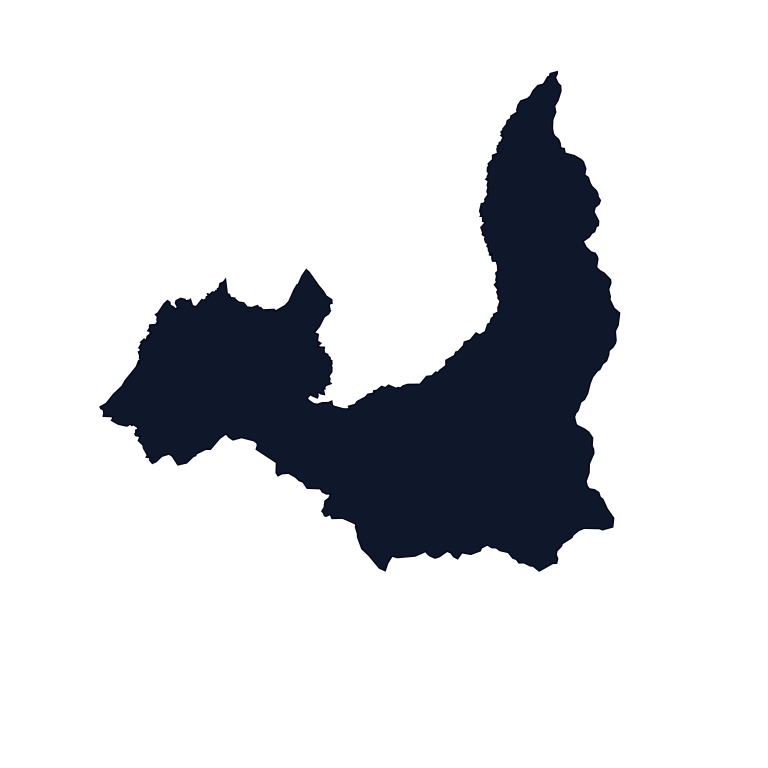 Tulnici, Vrancea, Romania, rotated 159°
{"feature_id": "2599482B64394491062191", "entity_name": "Tulnici", "entity_type": "district", "adm_level": 2, "iso_a3": "ROU", "parent_name": "Romania", "parent_adm1": "Vrancea", "projection": "albers", "projection_center": [26.524, 45.947], "detail": "fine", "context": "isolated", "style": "filled", "palette": "ink", "viewbox_px": 768, "rotation_deg": 159, "n_neighbors": 0, "source": "geoboundaries", "source_scale": "gbopen_adm2", "svg_char_len": 6171}
<svg xmlns="http://www.w3.org/2000/svg" viewBox="0 0 768 768"><g transform="rotate(159 384 384)"><path d="M110.4,613.5L117.6,614.2L119.0,612.0L121.1,612.0L127.6,606.8L133.5,607.4L139.7,604.3L144.1,600.3L147.8,599.0L154.9,599.2L159.2,596.0L161.7,592.4L162.3,590.0L169.4,588.7L170.8,586.2L174.5,585.7L176.7,582.3L181.5,579.6L182.1,577.8L184.1,577.7L184.5,576.5L183.7,574.8L185.8,574.2L184.3,571.7L188.2,567.9L189.7,568.1L191.5,565.4L192.7,565.7L193.4,563.5L194.2,563.2L195.2,558.6L200.7,558.6L202.1,554.6L207.7,552.3L207.8,550.2L209.7,549.0L211.3,545.6L210.8,544.1L211.4,542.2L213.2,540.7L213.2,539.6L215.5,538.7L213.8,536.2L216.4,532.4L216.4,530.2L218.8,526.9L219.0,523.4L223.7,520.3L223.9,518.5L226.1,516.9L228.5,517.4L232.7,511.1L232.8,506.9L233.9,506.1L231.9,505.0L233.5,500.6L231.4,498.5L237.4,495.4L237.5,490.3L238.6,488.1L236.3,485.1L237.9,483.7L238.3,481.2L238.3,479.7L236.4,477.7L238.5,475.7L237.6,474.1L238.5,471.5L238.3,467.9L239.2,466.9L238.2,465.9L236.7,466.3L238.4,462.2L238.5,459.8L235.1,458.5L235.5,454.0L237.2,448.6L239.9,447.5L240.3,444.0L242.3,441.0L242.4,438.5L245.3,437.1L243.6,431.0L245.7,429.5L245.7,425.4L246.8,423.4L245.8,419.9L248.6,416.4L248.4,415.3L250.1,415.0L251.6,410.2L256.7,409.8L257.2,407.7L260.3,406.8L263.1,402.8L265.8,402.6L270.6,396.6L277.1,395.5L279.8,398.6L287.7,394.1L294.0,394.4L295.9,391.4L303.1,387.8L305.6,388.0L307.9,385.3L317.7,383.9L319.6,378.9L327.3,376.7L329.4,375.0L331.3,376.6L336.4,374.4L341.5,375.8L350.5,370.8L362.1,375.1L366.9,375.4L370.4,374.2L371.7,375.5L374.3,375.6L380.2,381.3L384.1,380.0L387.1,382.6L393.2,380.6L396.0,381.3L397.3,379.1L402.9,380.2L405.9,378.4L415.2,377.3L418.5,375.2L425.1,375.9L424.9,374.3L426.7,373.6L430.7,375.2L438.9,381.2L439.8,382.6L438.9,386.7L442.4,386.5L448.8,388.7L453.3,388.8L456.7,390.7L460.0,395.5L461.0,398.3L456.1,400.7L455.5,399.1L451.2,394.9L449.7,396.7L449.5,398.9L447.8,399.7L446.6,397.6L443.4,395.6L442.6,401.0L440.9,400.6L440.5,402.3L438.9,403.5L433.3,403.4L434.3,405.4L432.5,408.5L432.8,411.1L428.5,414.0L426.7,418.2L426.9,420.3L425.6,421.1L424.4,424.5L425.9,426.0L424.9,427.5L426.3,430.5L426.0,431.8L428.5,434.1L427.7,437.9L426.5,439.6L430.7,441.4L432.2,443.2L428.4,444.7L430.9,447.9L427.6,453.8L430.1,456.2L430.0,457.3L423.8,460.9L415.6,468.2L410.6,469.3L407.7,471.7L408.7,472.8L407.6,473.5L407.1,477.1L405.4,478.5L403.7,478.0L402.6,481.4L406.5,486.8L407.4,492.3L409.8,499.1L413.9,515.3L415.6,518.6L421.8,514.3L428.4,507.6L429.5,507.8L433.9,504.4L443.3,495.0L448.3,492.6L459.1,490.9L459.8,493.0L470.3,496.4L471.8,499.5L473.7,500.7L473.9,502.5L480.2,502.7L484.2,504.9L485.9,510.0L490.4,512.6L492.6,516.4L492.5,517.6L496.2,519.5L496.3,523.1L498.1,524.2L494.5,538.5L497.4,536.7L501.0,536.6L503.8,532.5L505.2,532.6L505.3,531.0L507.4,531.5L509.1,530.3L511.6,531.4L514.4,529.9L516.4,531.3L516.5,528.9L518.5,529.1L519.6,527.3L522.0,526.6L523.8,528.1L531.7,523.4L534.8,525.8L534.4,532.4L537.0,531.4L536.8,532.2L538.9,532.6L540.0,533.5L539.5,534.3L543.2,536.8L548.1,536.3L549.7,534.3L549.1,529.3L552.3,528.9L552.7,530.9L555.4,534.2L554.7,537.0L556.3,539.4L560.8,537.5L569.5,531.3L572.4,530.7L571.3,528.1L573.1,524.9L573.0,522.4L574.6,522.5L575.1,521.1L581.5,523.0L582.4,521.6L582.1,520.6L585.4,518.3L583.3,516.8L584.2,515.4L583.8,514.4L587.0,513.7L586.5,512.4L587.3,511.9L588.2,512.9L590.5,509.7L591.9,511.9L596.2,510.1L595.5,509.0L599.8,505.6L598.8,503.5L599.8,502.1L601.7,502.0L601.8,498.2L603.0,495.5L602.4,493.7L604.3,493.4L605.0,490.2L605.2,493.1L609.0,488.8L624.7,479.7L629.1,475.9L640.4,471.2L650.2,465.4L657.3,464.3L657.1,462.4L655.3,460.7L655.8,457.6L657.6,454.5L649.9,451.2L649.0,449.4L651.4,447.7L646.4,441.7L639.1,436.9L635.5,437.5L634.2,435.6L632.2,435.7L629.5,431.6L630.2,429.8L632.4,429.8L632.9,427.7L634.3,426.8L634.4,425.0L630.5,422.4L633.6,419.1L630.8,413.3L631.5,410.4L630.4,402.4L632.1,400.9L629.3,399.3L629.1,397.6L630.0,397.1L628.7,392.9L624.5,393.2L617.4,396.2L609.7,395.7L607.4,392.2L605.4,382.4L596.6,381.1L588.1,384.7L585.5,384.7L584.2,386.1L573.9,387.0L569.4,385.3L556.8,392.2L549.3,394.1L547.8,389.9L545.0,386.0L536.2,385.1L525.6,377.6L523.8,374.6L524.0,372.2L526.6,368.8L512.5,349.2L516.5,339.7L515.8,336.3L511.6,336.9L504.9,334.9L499.9,328.7L497.8,324.2L494.8,321.7L493.1,314.3L481.0,309.1L480.2,305.3L477.3,302.1L473.2,300.5L476.3,297.2L481.0,295.8L484.1,290.0L487.5,287.5L486.7,285.3L486.8,282.4L485.3,281.3L480.8,281.6L480.7,277.1L470.7,273.6L461.1,264.0L460.6,262.5L461.9,260.7L462.3,254.0L463.5,250.4L463.7,238.2L459.5,229.3L454.3,213.9L449.8,209.3L444.7,215.5L438.1,220.5L433.8,217.2L416.7,212.3L404.5,212.8L404.8,211.2L403.0,207.4L398.7,203.2L394.0,203.0L385.0,205.3L382.1,202.4L380.8,197.8L377.9,194.5L371.7,198.6L364.0,193.9L353.9,193.8L351.8,196.0L345.2,196.8L342.0,192.6L337.9,190.9L335.6,187.1L328.3,182.2L326.1,175.3L323.3,172.9L322.1,168.6L317.5,167.1L312.6,161.8L310.0,160.6L306.1,153.8L290.8,156.1L287.1,154.8L284.5,158.7L284.5,162.9L282.5,166.2L276.1,169.3L275.0,171.1L263.7,173.3L261.5,175.3L254.9,177.5L249.0,177.7L234.6,171.8L232.2,169.6L221.7,168.6L217.7,176.5L220.4,187.3L221.0,197.7L222.8,201.1L222.4,205.7L225.5,209.9L230.0,212.5L230.9,215.9L230.3,220.8L224.4,227.7L221.0,235.9L212.9,244.2L211.8,248.1L211.9,251.7L208.6,258.9L210.2,265.7L213.0,270.1L218.6,276.1L219.0,278.3L218.0,285.0L215.7,287.9L212.1,289.9L206.9,296.6L202.4,297.8L197.3,302.3L191.2,311.0L186.7,315.8L180.3,319.7L177.1,320.4L172.7,324.4L168.0,325.9L163.7,330.9L161.9,334.6L157.3,336.2L153.5,339.1L151.8,341.5L149.1,350.6L144.4,355.0L138.6,365.9L142.1,372.2L142.9,382.1L141.5,384.4L140.4,391.9L136.0,397.1L135.2,400.2L138.8,408.7L141.6,412.0L143.9,416.6L139.5,424.2L139.4,427.1L140.0,430.4L143.5,433.1L146.3,439.2L147.0,445.9L139.6,447.8L136.1,450.2L132.8,450.8L129.6,454.8L127.1,455.2L125.3,459.2L126.4,469.3L123.6,473.3L118.9,474.9L116.2,477.9L117.1,482.0L116.3,484.8L116.5,488.2L119.1,494.0L119.7,497.7L119.2,503.5L121.8,507.3L118.5,512.8L118.3,520.0L119.4,522.6L124.4,528.9L132.3,534.6L131.4,539.2L134.4,541.0L133.3,545.7L133.4,549.7L135.8,554.3L136.2,557.0L135.2,562.3L131.8,570.3L126.3,576.3L125.2,582.4L120.0,586.4L113.8,594.2L112.2,599.2L113.8,602.3L114.2,608.7L110.9,611.8L110.4,613.5Z" fill="#0f172a" stroke="#020617" stroke-width="1.5"/></g></svg>